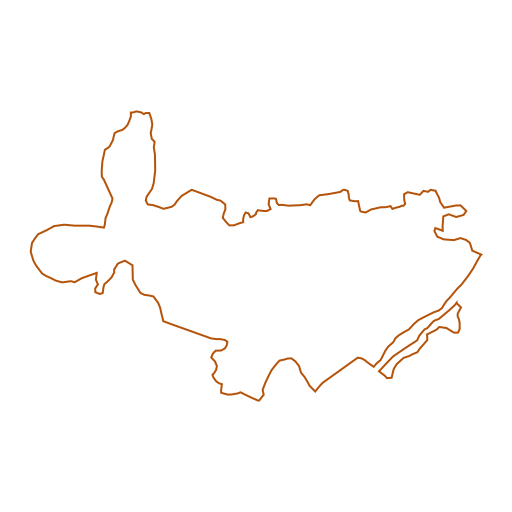 Markz Matay, Al Minya, Egypt (Robinson projection)
{"feature_id": "37247803B33553459827704", "entity_name": "Markz Matay", "entity_type": "district", "adm_level": 2, "iso_a3": "EGY", "parent_name": "Egypt", "parent_adm1": "Al Minya", "projection": "robinson", "projection_center": [30.727, 28.431], "detail": "fine", "context": "isolated", "style": "outline", "palette": "amber", "viewbox_px": 512, "rotation_deg": 0, "n_neighbors": 0, "source": "geoboundaries", "source_scale": "gbopen_adm2", "svg_char_len": 4828}
<svg xmlns="http://www.w3.org/2000/svg" viewBox="0 0 512 512"><path d="M132.7,112.5L130.8,112.5L130.9,116.4L129.2,121.2L127.4,125.1L124.7,128.1L122.0,130.1L118.3,131.1L114.7,133.1L113.8,136.0L113.0,139.9L109.5,146.7L106.7,148.7L104.9,149.7L104.1,153.6L102.4,161.3L101.7,170.9L101.8,176.7L103.8,179.5L112.5,198.5L111.7,202.4L109.9,206.3L107.3,214.0L105.6,217.9L104.8,224.7L103.9,227.6L101.2,227.2L96.4,226.5L89.4,225.7L75.1,225.7L64.1,224.7L54.1,226.1L46.7,230.2L38.1,234.2L35.1,238.2L32.0,243.0L30.7,251.7L31.9,255.8L33.5,260.9L35.9,265.3L42.1,273.5L45.8,275.8L50.2,277.8L56.0,280.7L62.3,282.4L67.8,281.6L70.8,281.2L74.7,282.2L82.0,278.1L96.7,272.9L95.9,279.7L97.9,284.4L95.2,288.4L95.3,292.2L99.9,294.0L102.7,293.0L103.5,287.2L104.3,284.3L108.8,280.3L111.5,277.4L114.2,272.5L114.1,269.6L117.7,263.8L119.5,262.8L125.0,260.7L132.5,265.3L132.7,274.5L132.7,275.2L132.7,275.9L132.8,279.7L135.7,285.4L140.5,293.0L141.8,293.6L144.2,294.8L149.8,295.6L153.5,296.5L158.3,303.1L160.2,307.9L161.2,312.6L163.3,321.2L167.7,322.8L173.9,325.1L206.1,336.6L210.7,338.3L216.3,339.1L220.1,339.1L224.6,339.9L227.4,341.7L227.3,342.4L226.6,345.6L224.8,348.5L221.2,350.5L215.6,350.7L212.9,353.6L211.2,357.5L214.9,361.3L216.9,366.0L216.1,369.9L214.3,372.8L212.5,374.8L213.5,377.6L216.3,381.4L219.1,383.3L221.9,384.2L221.1,389.9L221.1,391.3L221.2,392.8L227.7,394.6L231.4,394.5L237.8,393.4L240.5,392.3L246.1,395.1L251.7,397.8L258.2,400.6L259.2,400.5L261.2,397.8L263.7,394.7L262.6,389.9L265.2,383.1L267.9,377.3L271.4,370.4L274.9,365.8L275.9,364.6L279.5,360.6L284.1,359.6L287.8,358.5L291.4,358.4L293.7,360.1L295.2,361.2L299.0,365.9L301.0,372.6L304.8,377.3L307.6,382.0L309.6,385.8L315.2,391.5L318.2,387.8L320.6,384.9L321.7,383.8L322.8,382.7L325.6,380.7L354.2,360.2L357.7,357.7L361.7,358.4L365.3,360.5L366.2,361.4L369.3,363.7L373.7,366.8L377.0,363.0L380.5,360.2L382.5,356.4L382.8,355.8L385.3,350.8L388.1,346.8L389.7,345.3L393.3,342.2L395.3,338.4L398.8,335.3L403.2,332.6L408.8,329.5L413.9,324.0L418.2,320.2L423.1,317.6L429.0,314.6L434.2,312.1L438.4,310.7L441.9,308.2L443.7,305.2L446.2,301.4L450.8,296.5L452.5,294.4L457.1,288.9L461.7,284.3L468.0,276.1L473.3,268.3L473.3,268.2L477.6,260.3L478.8,258.2L480.1,256.0L481.3,254.6L472.3,250.7L470.7,245.5L470.3,244.2L469.7,242.7L466.0,239.9L460.4,238.1L454.0,240.1L443.8,239.4L438.3,237.1L437.3,236.7L434.4,231.0L435.3,228.1L438.0,229.0L442.7,230.8L442.6,226.0L443.3,216.4L448.8,214.3L456.2,217.0L460.9,215.7L463.6,214.9L466.3,211.0L460.6,205.4L456.0,205.5L444.0,207.7L440.2,202.0L439.2,198.2L438.4,196.5L437.3,194.4L435.4,190.6L434.4,190.6L430.7,189.8L428.0,191.8L423.4,190.9L419.8,194.8L407.7,192.2L404.1,194.2L404.2,200.0L405.2,203.8L403.4,205.8L401.6,205.8L399.7,206.8L395.1,207.9L393.0,208.7L392.4,208.9L390.5,206.1L385.9,207.2L380.4,207.3L375.0,208.6L371.2,209.4L365.7,212.5L361.1,211.6L360.1,210.7L359.1,205.9L358.1,201.1L356.2,201.2L354.4,201.2L349.8,200.4L348.8,197.5L348.7,194.6L347.7,190.8L344.9,189.9L343.1,189.9L340.3,191.9L338.2,192.3L336.8,192.6L328.4,194.1L319.2,195.3L315.6,198.3L314.3,199.6L313.8,200.3L310.2,205.2L306.5,204.3L300.3,205.2L298.2,205.3L294.4,205.4L289.0,205.7L283.1,205.0L282.5,204.9L278.8,205.0L276.9,203.1L276.0,198.9L274.0,198.4L269.4,198.5L268.6,204.3L270.6,209.0L267.5,210.7L266.9,211.0L265.1,211.1L258.8,210.4L257.7,210.3L255.9,213.2L255.9,214.2L253.2,216.2L250.5,217.2L248.5,213.4L245.7,212.5L244.0,215.4L243.1,219.3L243.2,221.2L243.2,222.2L239.5,223.2L234.0,225.3L229.4,225.4L226.6,222.6L222.8,217.9L223.6,214.0L225.4,209.2L225.3,206.4L225.2,204.4L220.5,200.6L216.8,199.8L212.7,197.8L211.2,197.0L191.7,189.8L183.1,195.0L181.7,195.8L177.2,200.8L174.5,204.7L171.8,206.7L168.1,207.7L165.0,208.4L163.5,208.8L158.8,207.0L153.3,205.2L147.7,204.4L147.3,203.5L145.8,200.6L146.6,196.7L149.3,192.8L152.0,188.9L153.7,183.1L154.5,176.3L155.2,170.6L155.1,162.9L154.9,154.2L153.8,147.5L154.4,143.5L154.6,141.7L151.8,138.9L150.7,133.2L151.5,129.3L151.7,128.2L152.3,124.5L151.3,118.8L149.3,113.0L145.6,113.1L143.8,114.1L141.0,112.3L136.4,111.4L132.7,112.5ZM385.0,375.9L386.9,378.1L391.6,377.8L392.5,374.1L393.1,371.2L394.0,368.5L395.4,366.2L397.0,363.8L403.7,357.8L405.3,357.3L407.4,356.6L408.6,356.3L413.0,354.0L415.3,353.1L417.4,352.2L419.7,348.7L427.3,340.1L427.2,337.2L427.0,334.5L436.5,329.7L437.9,328.3L439.3,327.0L446.4,328.0L452.2,331.6L453.9,332.6L457.9,332.7L459.7,328.9L459.6,322.4L458.8,319.0L457.6,316.1L457.7,313.6L458.9,311.3L461.0,307.4L457.1,303.6L456.5,303.0L456.5,302.9L455.0,304.9L450.6,309.0L448.9,310.5L445.8,313.1L438.9,318.9L434.0,320.8L431.5,323.3L430.1,324.9L430.2,325.0L429.2,326.0L427.2,328.2L425.8,328.8L424.6,329.4L422.6,331.7L420.6,334.1L419.3,335.6L417.9,338.7L417.3,340.2L414.2,342.3L410.2,344.8L404.8,348.4L398.1,353.0L393.0,356.5L390.3,359.3L386.1,363.7L383.1,366.9L380.8,369.4L379.0,371.3L385.0,375.9Z" fill="none" stroke="#b45309" stroke-width="2"/></svg>